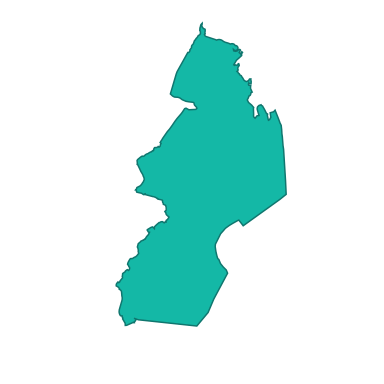 the district of Emiliano Zapata, Morelos, Mexico, rotated 32°
{"feature_id": "50627088B27811309734351", "entity_name": "Emiliano Zapata", "entity_type": "district", "adm_level": 2, "iso_a3": "MEX", "parent_name": "Mexico", "parent_adm1": "Morelos", "projection": "albers", "projection_center": [-99.198, 18.809], "detail": "fine", "context": "isolated", "style": "filled", "palette": "teal", "viewbox_px": 384, "rotation_deg": 32, "n_neighbors": 0, "source": "geoboundaries", "source_scale": "gbopen_adm2", "svg_char_len": 5878}
<svg xmlns="http://www.w3.org/2000/svg" viewBox="0 0 384 384"><g transform="rotate(32 192 192)"><path d="M114.5,75.9L115.0,85.6L115.6,97.8L116.1,100.3L121.7,120.3L124.6,120.9L126.7,120.8L128.3,120.0L129.7,119.2L131.5,118.7L132.2,118.7L134.9,118.9L138.8,118.3L141.5,117.2L144.9,115.6L145.9,115.3L146.6,115.5L147.7,116.7L148.0,116.9L148.9,117.2L150.8,117.7L151.8,118.4L151.5,119.9L145.8,123.9L142.5,124.1L141.6,125.2L141.5,129.6L141.3,131.6L140.4,137.5L140.1,140.8L139.9,146.2L139.6,150.7L139.1,153.7L138.7,162.1L138.8,163.8L138.7,165.4L138.8,167.0L139.4,167.0L140.0,167.2L140.1,168.4L140.7,170.1L140.6,170.6L140.3,171.4L140.1,171.5L139.4,171.2L139.2,171.3L139.2,171.9L139.1,172.1L138.5,172.9L138.1,173.3L136.9,174.0L136.7,174.3L136.8,174.8L136.7,175.4L136.9,175.7L136.9,176.1L137.4,177.1L137.4,177.4L136.7,177.8L136.6,178.7L136.4,178.8L136.2,179.1L136.1,179.8L135.6,180.1L134.5,182.2L134.3,182.9L133.9,183.2L133.3,184.0L132.7,185.2L132.5,186.5L131.7,187.6L131.3,187.9L130.8,187.9L130.4,188.5L129.8,189.9L128.7,193.3L128.7,194.3L128.9,194.7L129.7,195.6L130.8,197.3L131.0,197.3L131.0,197.7L131.4,197.7L132.0,197.9L133.3,198.8L135.4,200.1L137.8,201.7L140.4,203.0L141.9,204.0L142.5,204.6L142.8,204.7L143.7,205.3L144.8,206.6L145.0,207.3L145.3,209.4L145.2,210.3L145.2,212.2L144.9,213.8L144.6,214.6L142.9,217.4L143.3,218.7L143.0,219.9L143.0,220.2L143.6,219.9L144.9,221.2L145.2,221.4L146.5,221.0L149.6,219.9L150.2,219.8L152.2,219.9L152.7,219.7L153.0,218.6L153.8,217.8L152.9,218.8L152.9,219.2L161.4,216.6L162.2,216.2L163.9,215.9L165.3,215.8L165.2,215.9L166.9,216.1L169.8,215.0L171.1,214.7L171.6,214.9L172.1,215.8L172.5,216.2L173.7,216.9L174.2,217.6L176.7,217.3L178.4,218.9L179.7,221.0L179.8,221.6L179.5,222.0L179.3,222.9L179.8,223.1L180.1,223.3L180.4,223.4L180.7,223.4L181.9,224.6L182.6,224.9L184.8,225.3L185.7,225.4L185.8,225.6L185.8,228.3L185.2,229.6L185.2,229.9L186.0,231.2L185.5,231.5L185.1,231.5L184.9,232.7L184.0,233.0L182.9,232.7L181.9,233.3L181.2,234.1L180.9,235.0L180.3,235.3L179.4,238.1L178.8,240.4L178.6,241.9L179.2,242.4L179.5,243.0L177.1,242.5L176.9,242.6L175.9,243.9L174.1,247.5L174.1,248.0L176.3,249.1L177.3,248.7L177.6,251.2L177.2,253.4L177.1,254.8L177.3,256.6L177.1,256.7L177.2,256.9L176.9,257.3L176.7,257.3L176.6,257.7L176.4,258.1L176.4,258.6L176.0,258.7L175.7,259.3L174.6,261.0L174.7,261.4L173.8,264.3L174.8,267.6L176.0,268.4L177.3,269.8L177.9,271.0L179.3,272.3L179.0,275.3L178.5,276.9L177.7,277.9L177.1,279.3L176.5,280.2L175.3,280.9L175.0,281.6L174.9,282.1L175.0,283.4L175.0,284.5L175.3,286.5L175.7,287.5L177.2,288.1L178.1,288.8L178.8,288.9L179.5,289.6L179.9,290.8L179.8,292.1L178.3,292.1L178.0,292.7L177.4,294.3L177.6,294.9L176.4,297.9L177.3,299.7L177.5,300.5L178.1,300.9L178.6,301.7L178.1,305.5L178.3,306.2L178.3,307.0L177.9,307.7L176.9,307.5L176.6,309.4L176.7,310.3L177.0,311.0L177.5,311.8L179.0,311.7L179.9,311.8L181.7,312.4L181.8,313.0L183.3,313.0L184.0,313.2L184.7,313.6L185.2,314.1L187.6,317.3L188.6,318.3L189.5,319.7L190.0,320.8L192.7,330.3L193.6,332.1L194.2,332.9L194.9,333.6L195.8,334.3L196.9,334.8L198.5,334.1L198.9,334.9L200.2,335.6L200.4,336.4L200.9,336.6L204.8,338.7L205.5,339.6L206.1,340.5L207.2,339.7L210.9,334.3L211.1,333.9L211.7,333.8L212.4,333.3L211.8,332.6L212.3,331.4L212.1,329.5L209.7,329.8L214.2,328.8L267.1,303.1L269.5,285.7L267.2,271.2L265.2,242.0L262.4,240.0L258.1,239.0L254.1,237.6L250.5,235.0L249.1,234.8L247.0,233.0L243.7,229.7L240.6,226.0L239.5,223.8L238.4,212.2L239.2,207.6L239.3,206.4L239.7,204.7L241.3,200.7L243.0,197.3L245.9,192.0L246.6,191.0L253.3,193.5L270.4,151.8L273.1,144.1L265.5,133.1L247.0,107.2L244.6,104.4L239.2,97.1L237.4,95.0L235.0,91.6L232.3,88.2L229.4,86.4L229.3,86.2L225.9,83.6L219.1,78.6L218.7,80.7L216.3,83.4L219.3,86.9L219.3,88.2L219.5,89.4L218.8,90.6L217.9,89.8L215.3,87.1L215.0,86.7L214.9,85.9L214.0,85.8L213.5,85.9L213.2,85.7L209.8,83.6L206.6,81.9L206.3,81.7L204.8,81.8L204.5,81.8L204.3,81.5L203.0,83.0L202.8,83.6L202.5,85.1L202.9,86.4L203.3,87.1L204.3,88.1L208.3,91.6L207.0,92.7L206.7,93.2L206.6,93.7L206.6,94.6L206.4,96.0L204.4,95.5L203.8,94.8L203.5,94.1L202.8,93.0L200.0,88.9L199.8,88.5L199.5,87.6L198.0,87.2L196.6,86.7L192.5,86.1L190.2,84.7L190.0,84.2L189.9,82.3L189.4,80.5L189.8,80.0L190.1,79.1L190.1,78.6L189.6,76.9L189.4,76.5L190.1,75.4L186.9,73.3L186.6,72.9L185.9,71.7L185.4,70.6L183.5,71.4L182.7,70.7L182.3,69.4L182.8,69.6L183.1,69.6L184.7,68.9L183.7,67.0L182.4,65.6L182.0,64.9L180.9,65.7L180.9,67.3L180.3,68.7L179.5,69.6L178.8,69.7L177.0,69.7L174.1,68.2L173.6,68.1L172.2,67.3L170.2,67.3L169.6,66.7L168.8,66.7L167.9,66.4L167.3,65.9L166.3,66.0L166.5,64.0L165.8,63.7L165.2,62.6L165.0,62.1L164.9,61.7L165.0,60.4L165.0,59.7L164.7,59.3L163.6,58.4L163.2,58.7L163.4,59.3L163.4,59.7L163.1,60.6L162.6,60.9L161.7,61.0L161.2,62.0L160.0,62.0L159.9,56.7L161.8,50.0L161.1,49.7L161.1,48.4L160.7,47.8L160.8,46.8L159.9,46.7L159.9,49.1L158.1,48.8L158.0,46.1L157.8,45.9L157.4,45.8L156.9,45.8L156.1,46.5L155.6,48.3L154.9,49.2L154.1,49.8L152.5,50.2L151.6,49.1L153.0,49.3L153.7,49.1L154.3,48.7L154.7,48.1L154.9,47.7L155.1,46.6L154.9,46.0L154.6,45.4L154.1,44.9L153.0,44.4L152.3,44.4L151.8,44.5L151.2,44.9L149.6,44.4L148.6,44.5L147.9,44.7L147.2,45.1L146.8,45.4L146.1,46.2L144.4,46.4L140.4,47.5L138.9,47.6L137.4,47.5L136.0,47.6L134.8,48.0L134.2,48.3L133.4,48.9L132.2,50.3L131.7,50.2L127.2,51.3L121.1,52.8L120.2,52.6L119.7,52.3L119.1,51.8L119.4,51.1L119.3,50.8L119.1,50.6L118.7,50.5L117.9,48.6L117.1,47.3L116.5,47.0L115.5,47.3L115.0,47.3L113.0,46.5L112.0,45.6L111.6,44.1L111.2,43.5L110.9,45.1L111.0,46.0L111.5,47.3L111.6,48.0L111.8,48.0L111.8,48.4L112.1,48.9L112.1,49.3L112.3,49.7L112.8,50.1L112.8,50.5L113.1,50.7L113.1,51.0L113.9,51.4L114.4,51.9L114.9,53.0L115.3,53.3L115.2,54.7L114.4,56.0L114.5,57.8L114.3,59.2L114.1,59.6L114.2,60.6L113.9,62.6L114.4,64.6L114.6,66.1L114.2,67.6L114.4,68.7L115.1,69.8L114.9,72.6L115.3,73.0L115.5,74.1L115.4,75.2L115.1,75.6L114.5,75.9Z" fill="#14b8a6" stroke="#0f766e" stroke-width="1.5"/></g></svg>